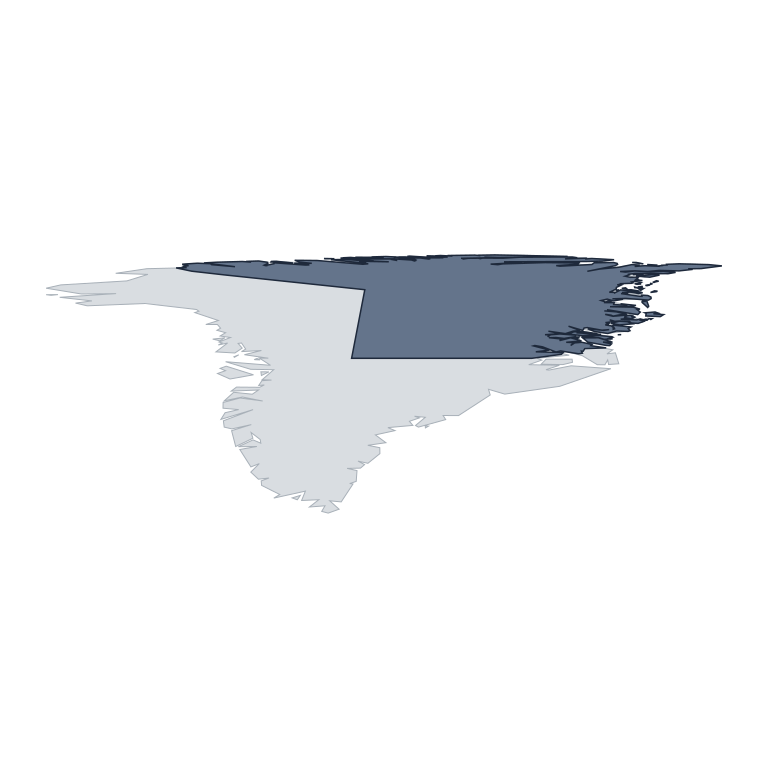 location of Nationalparken within Greenland
{"feature_id": "GRL-2742", "entity_name": "Nationalparken", "entity_type": "state/province", "adm_level": 1, "iso_a3": "GRL", "parent_name": "Greenland", "parent_adm1": "", "projection": "equal_earth", "projection_center": [-27.197, 77.317], "detail": "fine", "context": "in_parent", "style": "filled", "palette": "slate", "viewbox_px": 768, "rotation_deg": 0, "n_neighbors": 0, "source": "natural_earth", "source_scale": "10m", "svg_char_len": 9831}
<svg xmlns="http://www.w3.org/2000/svg" viewBox="0 0 768 768"><path d="M521.8,255.2L566.1,256.6L499.9,257.4L499.4,257.9L573.3,257.1L612.0,259.8L522.2,262.7L573.2,262.9L582.4,264.6L616.4,263.3L595.4,270.1L632.7,265.0L656.3,266.3L690.7,264.0L721.4,265.9L664.5,271.4L673.6,272.3L667.7,273.4L628.0,275.0L641.2,280.8L618.0,284.6L611.9,292.0L636.8,292.0L623.6,292.8L648.8,295.7L650.3,298.6L602.6,300.6L633.8,305.6L638.4,314.2L607.7,314.8L621.9,315.2L623.6,319.5L633.4,316.2L642.1,322.3L620.9,324.7L611.3,323.3L613.4,321.0L610.8,320.1L607.0,322.9L629.9,327.3L627.1,331.3L607.4,333.3L570.5,327.3L579.1,330.5L550.3,331.5L558.7,333.5L546.9,334.6L586.6,331.8L611.2,337.0L608.7,345.6L587.7,341.5L581.0,335.7L557.4,339.1L578.9,337.1L580.3,341.4L574.5,342.6L612.8,349.8L606.9,353.9L615.4,352.8L618.8,363.8L608.6,364.5L607.7,359.9L604.9,364.8L597.3,364.7L582.3,355.7L566.6,351.7L552.4,351.1L569.2,355.2L536.9,358.3L541.8,360.1L528.7,364.7L559.4,365.3L546.0,369.7L548.9,370.1L571.1,365.8L610.9,368.7L559.8,386.3L504.8,394.1L488.5,389.3L490.2,395.0L458.5,415.6L443.1,415.5L445.7,419.6L418.4,427.1L415.5,425.5L425.3,417.3L414.5,416.2L419.4,417.9L409.4,421.3L412.9,425.4L387.9,427.6L395.0,430.6L375.4,434.9L385.9,442.7L367.8,445.3L379.8,447.7L379.9,453.6L367.9,463.3L358.0,461.1L364.6,464.6L360.5,468.1L347.1,468.4L357.0,470.6L356.2,481.4L349.7,483.5L353.0,484.0L341.2,501.9L329.7,500.8L339.1,509.2L328.2,513.1L321.7,511.4L325.0,505.8L309.4,507.0L318.8,499.7L301.6,500.5L305.4,491.1L273.8,498.1L279.8,494.5L261.6,485.4L261.2,480.9L269.0,478.0L258.4,479.2L250.8,472.1L259.3,463.6L250.9,466.9L239.8,449.5L256.9,446.5L238.4,446.7L253.0,439.9L260.8,443.2L260.2,439.5L251.1,432.5L252.9,438.2L235.7,446.5L231.6,430.7L251.3,424.6L231.9,428.9L224.2,427.1L223.4,420.8L253.1,409.6L220.9,419.4L225.1,412.7L238.7,409.6L223.0,408.2L223.1,402.5L240.1,398.0L262.7,401.0L242.4,397.0L224.3,400.8L233.7,392.3L252.3,394.2L258.5,390.0L231.2,391.1L236.5,387.1L259.6,387.3L264.3,384.9L258.7,385.5L261.9,380.7L271.5,380.1L262.2,379.7L273.7,369.7L250.7,369.3L225.6,361.7L270.5,365.3L259.4,358.1L268.3,358.2L244.4,354.7L261.4,350.5L241.5,351.6L245.7,349.1L241.5,343.0L238.1,343.4L242.2,348.1L234.9,353.0L215.9,351.9L227.6,343.0L218.3,345.0L222.2,343.0L219.0,342.0L230.5,337.5L220.1,336.0L225.6,332.7L216.9,330.3L220.6,328.2L217.4,324.5L205.8,324.5L218.4,320.5L194.8,312.6L198.9,311.2L196.5,309.5L144.9,303.5L87.2,305.8L75.5,303.1L91.9,300.9L59.7,297.3L116.1,293.6L81.5,294.0L46.1,288.2L60.8,284.9L126.9,280.9L147.9,274.4L115.7,273.3L146.9,268.7L180.6,267.9L184.7,264.4L193.4,263.4L233.3,266.6L206.1,263.0L257.5,261.1L266.6,262.1L266.9,264.9L272.9,263.7L273.8,261.2L310.6,263.4L295.9,260.5L306.1,260.4L362.2,264.2L367.4,260.5L354.5,259.1L399.4,259.0L344.9,258.1L410.7,256.3L433.9,257.8L436.4,257.1L427.8,256.1L521.8,255.2ZM226.2,366.2L253.5,374.8L230.0,379.0L217.5,373.5L225.5,370.7L220.1,368.4L226.2,366.2ZM572.1,359.2L572.5,362.3L562.8,364.6L541.1,364.2L546.1,359.2L572.1,359.2ZM361.2,262.5L341.2,261.1L335.1,259.8L361.1,260.4L361.2,262.5ZM657.2,274.9L644.5,277.0L639.2,276.1L657.2,274.9ZM655.6,312.1L662.9,315.6L645.7,315.3L645.9,312.9L655.6,312.1ZM648.4,306.3L642.4,302.8L642.4,300.5L646.1,301.0L648.4,306.3ZM224.9,337.8L219.8,340.8L212.7,339.1L224.9,337.8ZM643.0,263.8L639.1,263.9L632.7,262.5L635.9,262.3L643.0,263.8ZM268.9,371.9L261.4,375.5L260.9,371.8L268.9,371.9ZM642.4,286.4L640.6,290.2L638.3,287.0L642.4,286.4ZM58.0,294.6L51.1,295.3L46.1,294.7L58.0,294.6ZM238.8,354.8L234.4,357.3L233.9,356.8L238.8,354.8ZM656.4,292.1L651.0,292.4L656.8,290.8L656.4,292.1ZM300.3,495.4L297.3,499.8L292.2,497.9L300.3,495.4ZM260.1,359.9L254.8,359.7L254.6,359.4L257.0,358.5L260.1,359.9ZM428.6,426.1L425.4,427.9L425.2,425.7L428.6,426.1Z" fill="#d9dde1" stroke="#a8b0b8" stroke-width="1"/><path d="M561.4,354.3L531.8,358.3L351.6,358.3L364.8,289.7L224.4,274.9L191.7,271.2L176.1,267.9L186.6,267.7L182.6,266.5L188.6,265.7L182.2,264.2L197.4,263.2L210.4,263.7L211.7,264.7L235.0,266.7L204.0,262.9L216.6,262.2L242.2,261.5L251.1,262.1L246.1,261.4L258.7,261.0L267.7,262.3L267.9,263.4L264.1,265.2L265.3,265.6L267.5,265.7L265.7,265.5L274.0,263.7L274.0,262.8L306.0,265.1L309.4,264.9L294.2,263.3L311.8,263.3L299.8,262.1L294.7,260.3L317.1,260.5L362.9,264.3L368.3,263.8L360.4,263.0L366.2,262.4L362.0,261.9L364.6,261.4L388.8,261.8L372.5,261.1L373.7,260.8L352.3,258.9L392.1,259.0L390.7,259.3L396.5,260.4L396.5,259.5L393.7,259.2L397.1,259.1L411.4,260.0L414.5,261.0L416.4,260.3L413.8,260.0L415.3,259.7L414.5,259.3L403.6,258.9L350.2,258.6L340.5,258.0L350.2,258.2L342.6,257.8L350.5,257.4L359.6,258.1L378.2,258.2L355.3,257.2L383.8,257.4L371.6,256.9L386.0,256.5L396.1,257.0L393.6,257.4L396.5,257.2L406.8,257.9L420.2,258.0L428.9,259.1L430.4,258.6L423.3,257.9L443.4,257.8L427.1,257.5L447.7,257.1L428.4,256.8L426.6,256.6L428.4,256.3L426.6,255.8L437.8,256.1L435.2,255.8L440.4,255.5L452.4,256.1L447.6,255.5L474.8,255.1L480.4,255.7L477.7,255.2L494.7,254.9L567.7,256.4L498.1,257.5L484.4,257.1L494.6,257.6L461.0,258.3L464.4,258.3L462.5,259.1L468.2,258.3L478.1,258.2L480.3,258.5L479.5,258.8L482.6,258.1L503.3,258.2L520.1,257.2L572.2,257.0L577.3,257.8L565.0,258.9L586.1,258.2L587.0,258.3L585.1,258.4L586.6,258.8L585.1,259.0L591.9,258.5L614.1,259.7L602.2,261.1L586.7,261.5L504.0,261.8L522.0,262.4L490.6,264.1L497.8,264.7L502.8,263.9L545.1,262.6L578.9,263.0L578.0,264.2L556.2,265.6L559.9,266.2L592.0,264.5L594.2,262.8L613.6,262.5L617.2,263.4L617.6,264.4L615.2,265.7L587.3,271.3L599.3,269.1L618.7,267.3L631.9,264.6L639.7,265.1L634.7,266.5L644.7,265.7L659.7,266.3L658.8,265.9L663.2,265.5L660.9,265.3L666.9,265.0L666.6,264.3L679.4,263.8L708.8,264.6L721.9,265.9L701.0,268.6L688.1,268.8L692.7,269.4L679.0,270.9L659.2,270.4L647.6,271.5L635.0,270.8L620.1,271.5L625.6,272.1L634.8,271.0L650.5,271.9L663.0,271.3L675.6,272.4L668.2,273.7L635.2,273.4L627.7,274.4L630.0,274.6L625.1,276.2L630.2,277.3L638.5,277.1L634.5,280.8L638.0,279.3L638.4,280.1L642.4,280.5L631.6,281.9L632.9,282.9L631.7,283.3L619.7,283.7L621.2,284.2L617.2,284.8L621.2,285.1L616.4,287.4L616.2,289.1L609.3,292.3L615.1,292.4L613.9,293.3L620.6,289.9L640.9,292.2L642.6,292.8L638.4,293.5L630.1,292.1L622.0,292.5L628.2,293.5L626.1,293.9L621.0,293.6L639.6,296.3L642.0,296.3L641.7,295.2L647.8,295.5L651.0,297.1L651.1,298.6L648.5,300.1L625.9,298.4L612.4,298.8L623.1,299.2L613.7,300.9L607.2,299.1L601.1,300.5L605.9,302.1L607.8,300.9L611.7,301.4L608.5,301.7L612.9,302.5L603.9,302.6L614.2,302.7L613.6,304.5L627.5,305.4L620.6,303.8L636.0,305.4L629.4,306.7L610.0,306.7L633.2,307.2L640.0,309.1L637.0,309.5L640.3,312.1L637.7,314.6L607.0,309.7L616.8,311.6L604.3,310.9L616.6,311.9L627.2,314.6L619.6,314.8L613.1,316.1L611.2,315.2L605.3,314.3L605.6,314.5L613.0,316.3L625.4,315.2L624.6,317.5L626.4,318.5L620.6,319.2L636.7,319.9L640.2,318.9L641.8,319.3L640.6,320.2L645.3,320.9L638.1,323.4L631.4,323.0L629.3,321.3L619.2,321.0L614.9,321.3L609.7,319.8L613.4,321.6L605.4,322.6L610.0,322.8L607.0,324.1L608.9,324.6L605.3,325.0L611.1,325.8L613.2,327.3L613.2,329.3L614.6,328.8L613.8,327.1L612.0,326.0L613.4,325.2L630.9,327.0L628.2,328.5L630.0,330.7L628.2,331.4L616.6,331.0L607.8,333.5L594.5,331.5L587.7,328.8L603.6,330.4L609.2,329.6L602.0,330.2L587.3,327.6L584.1,328.0L582.8,330.4L568.5,326.2L580.3,330.6L573.2,331.1L565.4,333.6L548.4,331.2L560.4,333.6L545.0,334.7L548.7,334.9L547.8,336.9L550.4,334.8L559.9,334.0L576.0,335.2L575.1,336.7L564.1,338.4L556.0,337.5L548.9,337.7L561.5,339.0L559.6,340.6L570.6,337.8L581.5,340.9L566.2,342.3L573.5,342.6L570.7,345.5L574.7,342.9L582.1,342.3L592.0,344.5L590.8,345.7L606.2,347.9L584.8,348.6L583.2,351.2L581.4,351.1L582.4,353.2L578.7,353.8L560.5,350.9L556.0,352.0L542.5,346.8L534.8,345.5L533.4,345.9L549.5,350.1L535.8,351.8L563.2,352.6L561.4,354.3ZM346.2,259.4L366.2,261.0L359.1,261.8L362.6,262.4L359.3,262.6L330.9,259.7L346.2,259.4ZM612.5,342.2L603.0,342.1L611.5,343.9L609.7,345.6L605.9,345.4L587.8,342.1L582.7,337.9L598.4,337.8L612.5,342.2ZM582.2,335.6L568.4,334.1L573.8,331.8L582.8,331.6L597.4,333.7L576.9,332.7L576.5,332.8L601.1,334.4L582.2,335.6ZM636.1,276.1L654.2,274.5L659.5,275.1L649.8,277.2L636.1,276.1ZM612.6,338.9L604.1,339.3L598.1,337.4L581.5,336.6L597.1,335.3L612.0,336.7L612.9,337.2L609.5,338.1L612.6,338.9ZM627.5,321.7L632.3,323.9L619.3,324.9L611.0,323.3L619.3,321.2L627.5,321.7ZM663.6,314.6L660.4,316.6L645.8,316.0L646.2,313.4L644.9,312.8L655.0,312.0L657.9,313.0L653.4,313.8L663.6,314.6ZM270.9,262.0L271.4,261.4L276.4,261.3L293.0,263.0L270.9,262.0ZM648.7,306.2L647.7,307.5L642.1,302.4L642.1,301.5L645.8,301.4L642.2,300.2L646.8,300.9L648.7,306.2ZM635.4,317.0L631.8,318.8L625.5,317.7L626.3,316.0L629.3,315.4L633.6,316.0L631.2,316.9L635.4,317.0ZM643.4,263.9L632.2,262.4L636.5,262.5L643.4,263.9ZM409.3,256.1L428.8,257.3L407.3,256.4L409.3,256.1ZM408.5,257.1L421.9,257.4L417.8,257.8L408.5,257.1ZM643.7,274.3L632.8,274.7L636.6,273.7L643.7,274.3ZM405.2,257.0L415.7,257.9L398.5,257.0L405.2,257.0ZM657.5,291.3L650.5,292.5L654.5,290.8L657.5,291.3ZM631.0,289.7L639.5,291.1L625.5,290.0L631.0,289.7ZM642.6,286.3L641.1,287.3L643.0,288.1L638.8,287.9L638.5,286.9L642.6,286.3ZM657.5,265.1L648.0,264.7L647.2,264.5L657.5,265.1ZM334.4,258.7L324.9,258.8L324.1,258.5L334.4,258.7ZM641.2,284.0L637.1,284.3L634.7,283.8L639.6,282.6L640.8,282.7L639.1,283.6L641.0,283.7L638.3,283.8L641.2,284.0ZM658.7,281.2L655.7,281.8L654.2,282.4L652.7,282.4L656.4,280.7L658.7,281.2ZM647.9,319.5L647.0,320.3L642.4,319.9L646.0,319.1L647.9,319.5ZM640.8,290.3L638.4,288.6L643.5,288.6L640.8,290.3ZM579.0,337.0L577.9,338.4L573.0,337.7L575.2,337.2L579.0,337.0ZM626.6,288.7L624.2,288.7L621.8,288.3L625.6,287.8L626.6,288.7ZM638.0,288.0L634.7,287.6L634.6,287.0L638.0,288.0ZM650.0,285.0L647.0,285.7L645.4,285.4L648.2,284.8L650.0,285.0ZM617.2,290.7L616.2,290.1L618.9,289.8L617.2,290.7ZM650.3,284.4L650.6,283.4L652.5,283.8L650.3,284.4ZM652.0,318.7L650.8,319.5L649.5,318.6L650.9,318.7L652.0,318.7ZM617.7,334.8L620.7,334.6L621.1,334.7L617.7,334.8Z" fill="#64748b" stroke="#1e293b" stroke-width="1.5"/></svg>